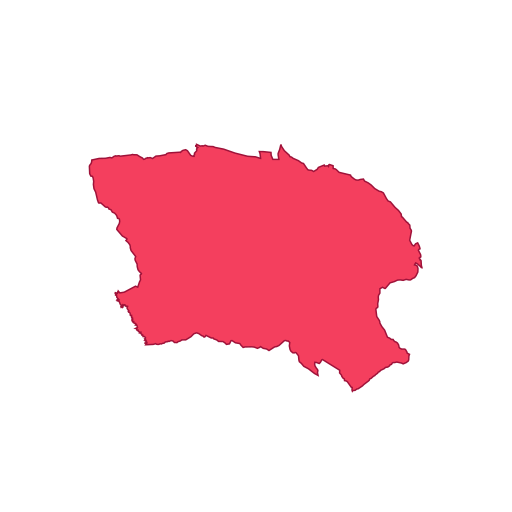 the district of Guasca, Cundinamarca, Colombia, rotated 323°
{"feature_id": "7082276B88398605204412", "entity_name": "Guasca", "entity_type": "district", "adm_level": 2, "iso_a3": "COL", "parent_name": "Colombia", "parent_adm1": "Cundinamarca", "projection": "natural_earth1", "projection_center": [-73.867, 4.802], "detail": "fine", "context": "isolated", "style": "filled", "palette": "rose", "viewbox_px": 512, "rotation_deg": 323, "n_neighbors": 0, "source": "geoboundaries", "source_scale": "gbopen_adm2", "svg_char_len": 6152}
<svg xmlns="http://www.w3.org/2000/svg" viewBox="0 0 512 512"><g transform="rotate(323 256 256)"><path d="M365.2,224.4L359.1,222.8L357.1,223.6L352.9,223.2L352.0,221.1L349.8,219.1L349.3,218.2L349.3,215.9L349.6,210.7L348.4,209.1L347.3,205.5L344.4,200.3L343.9,198.4L342.9,197.1L343.2,195.4L342.0,189.0L342.3,184.0L342.8,182.4L342.5,182.3L339.1,185.1L335.4,187.4L334.5,188.6L332.4,192.6L327.6,189.0L328.7,184.7L330.3,182.3L324.6,177.0L321.5,174.6L320.8,176.8L318.4,180.8L318.2,180.6L315.3,176.5L309.3,171.3L301.1,161.1L294.5,151.2L288.6,144.6L287.7,142.9L283.6,139.5L282.1,137.0L279.7,136.3L279.5,135.7L277.7,134.7L275.8,131.2L275.5,131.7L274.4,131.5L273.9,132.1L274.4,132.8L274.2,133.5L274.7,134.3L273.7,134.4L272.8,134.9L272.6,135.7L271.8,136.3L268.7,136.9L267.9,138.1L267.0,138.2L266.5,139.1L265.6,138.4L264.4,136.3L264.6,130.7L263.8,128.8L261.3,127.7L259.2,127.5L258.1,127.9L257.7,127.3L248.4,121.2L246.5,120.5L245.0,120.8L239.3,118.0L236.2,116.0L232.1,115.9L230.7,113.7L229.0,112.8L228.4,112.1L227.9,112.3L227.1,111.7L225.1,111.6L224.4,111.2L224.3,109.4L223.0,106.7L221.8,103.5L219.3,101.6L218.5,100.6L216.9,100.0L207.5,94.5L207.0,93.5L204.4,92.0L204.3,91.6L202.7,91.0L199.9,90.9L198.7,89.4L194.6,87.4L189.5,83.7L182.6,80.5L181.5,81.8L180.0,82.9L177.7,83.5L176.9,84.1L172.7,90.2L172.2,92.8L173.3,93.9L173.0,95.4L171.3,98.7L169.2,101.0L167.1,104.8L166.4,108.5L163.2,115.7L162.3,118.5L162.4,119.2L164.0,120.2L165.2,126.1L165.8,127.0L166.9,127.7L167.1,129.2L166.8,129.9L168.0,131.7L167.7,134.5L168.9,136.7L169.1,138.7L169.0,140.1L168.1,142.6L168.9,143.3L169.1,144.3L168.1,146.2L166.5,147.7L161.9,149.9L160.8,151.0L161.3,159.6L163.3,164.4L162.9,165.0L161.4,165.4L162.0,168.1L162.0,171.0L161.5,172.5L160.5,173.8L159.5,176.5L159.6,184.0L157.6,185.4L156.9,186.9L156.2,190.9L154.7,193.1L153.5,196.0L153.5,198.5L154.0,201.0L153.5,201.4L152.5,201.3L151.8,201.7L149.4,205.6L147.5,206.5L142.8,209.7L141.6,207.6L129.0,205.6L125.0,203.5L124.9,201.1L124.4,201.5L123.7,201.0L124.1,201.8L123.0,202.4L121.6,200.6L121.1,200.9L120.9,201.7L121.4,202.6L120.4,202.8L120.8,204.0L120.0,205.1L120.2,207.5L119.8,207.1L118.3,207.5L118.8,208.2L119.6,208.1L119.6,209.1L118.8,209.0L119.4,209.8L118.5,213.3L119.0,214.6L117.6,215.1L117.4,215.8L118.5,215.8L118.3,216.7L119.0,216.7L119.8,214.8L120.4,214.7L120.7,216.1L121.5,215.7L121.8,216.0L122.1,216.9L121.8,217.9L123.2,218.9L123.0,219.2L122.3,219.3L121.5,220.4L121.4,223.2L120.7,223.3L120.5,224.2L121.0,224.9L121.0,226.0L120.0,227.6L120.7,228.4L120.2,228.5L120.3,229.5L119.6,230.3L120.1,231.1L118.9,233.1L118.5,233.2L118.4,232.5L118.1,232.9L117.9,234.5L118.8,234.9L118.1,235.7L118.6,236.9L119.2,237.3L119.2,238.3L118.2,238.6L119.2,239.6L118.4,241.7L116.3,241.4L117.2,242.3L116.3,243.1L116.4,244.0L117.2,244.2L116.7,245.6L117.4,246.6L116.7,247.3L118.1,247.7L117.3,248.7L117.7,249.7L116.9,251.0L117.4,250.5L118.0,250.9L117.3,252.4L118.4,253.2L118.6,254.7L117.9,255.4L117.3,255.2L117.4,256.5L116.8,256.1L116.5,256.2L117.0,256.6L116.5,257.4L117.0,258.1L116.9,259.4L116.6,259.6L116.2,259.0L114.9,258.7L114.8,259.0L115.6,260.3L114.6,260.6L120.8,264.8L123.1,265.6L123.3,266.4L124.1,267.3L125.2,268.1L126.6,268.4L127.5,269.3L128.7,269.5L130.2,270.3L131.9,270.1L133.8,271.2L134.6,271.2L135.1,271.9L137.2,272.4L138.5,273.8L138.8,276.0L140.8,277.6L142.1,277.5L144.3,278.3L146.3,278.4L149.5,280.7L155.6,281.3L159.5,280.7L162.3,281.6L163.7,283.7L164.7,286.9L165.6,288.3L165.7,289.5L166.6,289.8L168.3,289.3L170.9,294.5L172.4,295.7L172.4,296.8L174.1,299.3L174.7,301.7L178.2,304.5L179.0,307.1L179.2,308.8L181.9,310.2L185.1,308.6L186.0,309.2L187.3,312.9L190.4,316.2L190.3,318.1L190.7,321.3L192.5,322.0L198.0,326.0L199.8,327.7L201.6,330.6L204.1,331.2L205.1,331.1L206.2,334.1L208.5,336.6L209.5,339.3L216.2,339.8L218.1,340.8L220.5,341.3L227.7,340.7L229.0,341.4L229.6,342.6L230.6,343.3L230.9,345.4L228.5,347.9L227.0,351.0L226.6,352.8L227.1,355.4L228.2,356.4L229.2,356.6L229.8,357.4L229.9,361.2L227.6,365.0L227.0,366.5L227.6,369.1L227.8,372.9L230.0,377.6L232.0,385.0L233.7,388.7L234.8,386.3L236.5,384.7L236.8,383.6L236.7,381.7L237.0,379.2L237.6,377.9L239.0,376.3L240.1,377.3L241.8,379.9L243.3,379.7L246.1,378.5L246.8,378.7L254.1,397.6L252.4,399.7L252.6,402.4L252.1,403.8L252.0,405.9L252.6,407.3L251.7,408.8L252.8,410.0L253.3,411.4L253.1,418.1L253.7,418.9L252.0,420.8L251.6,422.0L252.4,421.8L254.3,422.9L256.4,422.9L257.6,423.5L262.8,423.8L264.8,423.5L270.5,423.5L271.6,423.4L272.8,422.6L274.3,423.0L277.4,422.7L278.9,423.0L280.0,422.7L282.5,422.8L283.7,422.3L285.2,422.7L286.6,422.3L290.6,423.1L292.4,422.9L294.4,424.0L296.6,424.1L297.5,423.6L299.0,424.1L300.3,423.5L301.3,423.6L302.7,424.6L304.6,425.4L307.8,429.1L308.6,430.7L311.8,431.5L314.4,431.5L315.5,430.8L318.0,427.8L319.4,426.9L318.3,424.6L318.8,423.3L319.1,420.6L318.6,419.7L316.3,418.0L315.4,416.2L315.3,415.1L316.4,412.8L316.6,410.6L316.1,409.0L315.4,408.0L315.1,406.3L315.3,405.2L313.8,404.0L313.3,402.0L312.1,400.0L314.1,392.6L314.0,388.1L314.6,384.0L315.3,383.0L315.7,381.6L316.0,377.0L319.7,370.6L320.7,370.1L322.1,370.3L322.9,369.7L324.5,367.3L327.5,364.6L329.0,362.3L330.3,361.1L332.6,360.2L335.2,356.7L338.2,357.1L339.4,359.5L339.8,359.7L346.9,358.1L351.1,359.7L354.5,360.4L356.7,361.8L358.9,364.0L361.8,365.0L363.9,367.3L365.1,368.1L367.8,368.2L369.6,368.7L371.9,368.1L375.6,366.2L377.8,363.5L378.7,361.2L378.4,360.0L377.3,358.5L379.3,357.6L380.1,359.0L381.0,363.2L381.1,364.8L381.5,365.2L382.4,363.0L385.0,359.1L385.1,357.7L384.7,357.7L385.1,355.9L385.7,355.6L386.8,356.0L387.5,355.4L388.3,353.9L389.1,349.2L389.8,348.8L390.7,348.7L391.1,349.0L391.5,348.7L392.4,346.2L393.0,342.8L390.8,342.3L388.3,343.1L387.7,342.2L387.4,340.7L388.2,335.9L395.2,329.6L395.6,328.4L395.7,326.6L397.4,323.9L397.1,321.3L397.3,320.6L396.7,319.7L396.3,313.1L395.9,312.2L397.2,309.8L397.2,305.4L396.3,300.9L395.9,293.7L394.6,291.5L394.7,288.7L395.7,282.3L394.8,280.1L393.3,278.3L391.4,273.6L390.7,268.6L389.6,265.1L387.8,261.5L388.1,259.2L385.3,257.6L383.2,256.9L381.6,255.4L380.9,254.0L379.8,249.7L380.2,248.3L372.7,239.2L372.1,235.3L371.6,234.0L370.3,232.6L371.9,230.3L369.7,227.1L369.1,227.0L367.8,228.1L367.7,227.2L364.8,225.4L365.2,224.4Z" fill="#f43f5e" stroke="#9f1239" stroke-width="1.5"/></g></svg>